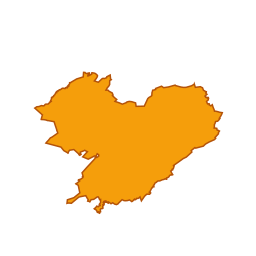 Irlavas pag., Tukums, Latvia, rotated 331°
{"feature_id": "27541924B56900525469147", "entity_name": "Irlavas pag.", "entity_type": "district", "adm_level": 2, "iso_a3": "LVA", "parent_name": "Latvia", "parent_adm1": "Tukums", "projection": "natural_earth1", "projection_center": [22.976, 56.86], "detail": "fine", "context": "isolated", "style": "filled", "palette": "amber", "viewbox_px": 256, "rotation_deg": 331, "n_neighbors": 0, "source": "geoboundaries", "source_scale": "gbopen_adm2", "svg_char_len": 5556}
<svg xmlns="http://www.w3.org/2000/svg" viewBox="0 0 256 256"><g transform="rotate(331 128 128)"><path d="M217.9,160.3L215.7,158.6L214.6,157.4L212.6,155.6L211.8,155.2L212.2,153.7L212.5,151.0L213.0,148.5L212.5,148.6L211.2,148.8L210.5,147.4L210.3,147.2L210.5,147.0L210.7,146.1L209.3,145.5L209.4,143.8L209.6,142.8L211.9,142.3L212.2,141.7L212.9,141.1L213.0,140.3L211.8,140.2L211.9,139.3L210.9,138.9L210.8,137.4L213.4,136.8L212.9,135.7L214.0,134.3L213.7,134.2L213.8,134.1L212.3,131.5L212.7,128.9L212.1,128.2L211.4,127.0L206.6,125.1L207.3,121.7L207.2,121.8L204.1,121.9L198.5,120.6L196.2,119.4L194.1,117.8L189.8,113.6L189.9,113.3L183.2,111.7L178.7,110.0L177.6,107.7L171.3,106.8L170.9,107.7L169.3,107.4L167.9,106.9L167.0,107.9L166.2,108.6L164.5,111.2L163.6,111.4L160.9,111.5L159.5,111.9L152.8,116.8L150.7,115.7L145.6,113.0L146.8,109.7L144.0,106.8L142.1,105.4L140.9,105.0L139.2,104.7L138.8,105.0L134.6,104.4L132.5,101.7L129.5,98.4L132.0,97.6L131.0,95.1L130.1,92.1L130.9,91.9L131.2,89.7L129.2,86.6L128.9,85.3L127.1,84.2L129.4,82.8L131.4,82.1L133.1,81.0L134.0,79.3L135.0,77.7L136.3,77.5L136.7,77.7L136.9,77.6L136.5,76.8L138.1,73.0L134.3,72.9L133.7,73.6L131.3,73.3L130.6,72.7L130.0,72.4L129.4,72.3L124.2,73.6L121.4,70.5L124.1,69.4L126.1,68.2L126.8,67.2L126.3,65.5L125.7,64.3L125.4,63.9L123.6,62.4L122.9,62.2L122.3,63.3L120.0,63.3L118.7,63.2L118.1,62.9L118.7,62.3L119.3,62.1L119.3,61.9L120.6,61.8L120.8,61.0L118.3,60.3L117.5,59.6L117.3,58.5L116.1,57.8L113.6,61.6L106.9,60.2L100.0,60.4L99.9,60.5L99.1,60.3L98.9,60.1L98.6,60.3L98.5,60.6L98.5,60.9L98.0,61.3L97.5,61.5L97.0,61.5L96.3,61.8L96.7,62.0L96.7,62.3L95.9,62.2L96.0,62.7L95.5,62.8L95.5,62.4L95.0,62.4L94.3,62.6L94.2,62.8L94.4,63.2L94.4,63.3L94.2,63.4L93.2,62.5L92.7,62.5L92.2,63.0L91.9,62.9L91.5,62.6L91.0,62.0L90.3,61.8L90.2,61.6L89.9,61.4L89.3,61.4L88.6,61.6L88.0,61.6L87.5,61.7L87.3,61.6L87.0,61.6L86.5,61.2L86.2,61.3L86.0,61.5L85.2,61.6L85.0,61.8L84.9,61.8L84.8,61.6L84.6,61.4L83.9,61.7L83.5,61.5L83.4,61.6L83.3,61.9L83.1,61.9L83.1,61.6L82.9,61.6L82.5,62.0L82.5,62.4L81.9,62.2L81.5,62.4L81.4,62.5L80.1,63.4L78.6,63.7L78.5,63.8L78.6,64.0L78.3,64.2L77.4,64.4L76.9,64.1L76.7,64.5L76.3,64.6L75.9,64.5L75.9,64.8L75.0,65.4L74.2,66.3L73.6,66.5L73.4,66.8L73.1,67.0L73.6,67.1L73.7,67.5L73.0,67.5L72.4,67.7L71.9,67.6L71.9,67.8L69.7,68.3L67.7,67.3L67.4,67.2L67.0,67.2L65.6,67.8L65.2,67.8L64.5,67.5L63.1,66.4L60.6,66.1L58.5,65.2L56.1,65.4L59.5,75.1L59.3,75.2L56.2,78.4L56.2,78.5L58.6,80.0L60.3,81.4L61.1,82.4L61.9,82.9L66.4,86.6L65.4,91.7L65.4,91.8L64.8,95.1L64.7,95.1L64.5,95.9L64.4,97.3L64.1,98.4L57.2,99.1L55.3,99.0L52.6,100.1L49.8,101.0L48.9,101.4L60.1,112.2L60.9,116.7L63.1,120.3L63.3,120.9L63.7,120.8L63.9,120.3L66.0,119.1L70.2,120.6L72.2,126.4L72.2,127.0L72.6,127.0L72.6,127.3L72.3,127.9L72.6,128.5L74.2,128.3L74.2,126.8L74.6,126.0L78.3,126.5L79.4,126.5L79.7,127.2L81.0,129.0L74.4,131.3L78.1,136.0L85.0,136.2L86.8,137.0L87.8,136.1L88.6,135.6L89.4,137.2L88.8,138.4L86.4,138.7L86.2,138.5L86.2,138.1L84.9,137.9L84.4,138.7L84.2,138.8L73.2,142.4L66.1,144.9L65.3,148.5L64.7,148.5L64.8,149.1L64.5,149.5L61.7,149.8L59.8,149.3L59.3,149.5L60.0,150.9L56.7,151.5L55.9,151.4L55.3,151.5L55.4,151.8L56.7,154.0L54.4,161.4L46.9,162.7L40.2,161.4L38.1,164.3L38.9,164.5L40.0,165.0L42.0,166.4L51.5,164.6L53.0,165.0L58.3,166.7L58.2,167.4L58.2,167.5L58.3,168.3L58.3,170.2L58.5,171.3L57.3,172.4L58.5,173.5L58.8,174.1L61.0,172.8L63.4,173.8L67.7,173.4L68.5,173.7L68.6,174.1L68.6,175.1L68.6,175.9L68.4,176.9L69.4,177.2L69.2,177.6L67.8,180.0L65.9,180.8L66.3,182.1L66.1,182.3L66.0,182.2L64.5,182.1L64.0,182.5L63.4,182.1L62.9,181.2L60.9,182.0L59.3,182.2L59.4,182.7L60.3,183.8L60.5,185.5L60.3,186.6L60.3,186.8L60.4,187.0L60.8,186.9L61.4,186.9L61.6,187.0L61.4,187.3L61.4,188.3L61.6,188.7L61.9,188.7L62.0,188.3L62.5,187.9L63.3,188.1L63.5,187.9L63.9,186.5L64.3,185.8L64.5,185.6L65.0,185.5L66.7,186.1L67.2,186.0L67.4,185.8L67.4,185.2L67.7,184.5L68.2,184.0L68.5,183.9L68.8,184.0L69.0,183.9L68.7,183.5L68.8,183.2L69.5,183.4L70.0,183.3L70.0,183.1L69.6,182.7L70.4,182.6L71.0,181.9L71.2,181.7L71.2,181.4L70.4,181.3L70.3,181.1L70.6,180.9L71.6,180.5L73.3,181.1L73.4,181.4L73.3,181.6L72.7,181.9L72.6,182.2L73.0,182.5L73.6,182.7L74.4,182.9L74.3,183.1L74.0,183.3L74.0,183.6L74.1,184.0L74.3,184.2L75.0,183.7L75.3,183.6L76.4,186.0L78.4,186.0L78.7,186.7L79.5,188.2L80.8,189.4L82.5,189.5L83.4,189.1L88.1,187.8L89.2,189.5L90.5,190.4L92.3,191.2L94.5,191.7L95.6,194.2L96.6,194.2L99.0,193.4L99.0,194.0L99.8,194.3L100.4,194.3L100.7,194.0L101.3,193.7L102.1,194.2L102.5,194.4L103.6,194.5L105.1,194.1L104.4,198.2L109.4,195.7L112.3,195.0L114.8,196.4L116.3,195.8L115.7,194.6L116.3,194.7L116.6,194.1L119.7,192.0L120.4,192.1L120.9,191.6L122.1,191.9L121.9,191.1L122.2,190.9L122.7,190.9L123.2,190.2L123.8,190.1L124.5,189.5L124.8,189.3L126.8,189.2L127.5,188.9L128.6,188.9L130.2,189.7L132.8,189.9L134.4,190.4L136.0,190.4L136.5,191.3L137.0,191.5L137.4,190.8L137.7,190.4L138.8,190.6L139.8,190.6L140.5,190.3L141.3,189.7L142.8,189.8L143.2,189.9L143.5,190.4L144.5,190.5L144.4,188.5L144.5,186.4L145.2,186.4L145.8,186.2L146.8,186.2L146.7,185.5L147.2,185.5L147.7,185.5L147.8,185.4L148.2,185.3L149.9,183.6L149.7,183.2L149.0,182.9L154.9,182.3L161.5,181.5L164.9,181.7L172.2,180.0L172.3,178.4L177.0,177.6L177.4,178.4L185.1,180.4L188.0,179.6L192.1,179.6L198.1,180.1L199.7,179.5L199.5,178.5L204.3,176.9L204.8,175.9L206.5,175.0L205.8,173.8L205.0,173.2L205.1,172.2L205.5,171.4L204.8,170.7L203.3,169.8L204.6,168.1L205.0,167.1L206.3,166.2L207.7,164.8L209.7,165.5L211.2,165.1L213.0,164.2L212.7,163.7L214.6,162.7L216.5,161.5L217.9,160.3Z" fill="#f59e0b" stroke="#b45309" stroke-width="1.5"/></g></svg>